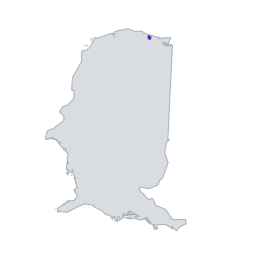 Benton, Oregon, United States of America (highlighted), rotated 103°
{"feature_id": "52423323B6989914060643", "entity_name": "Benton", "entity_type": "district", "adm_level": 2, "iso_a3": "USA", "parent_name": "United States of America", "parent_adm1": "Oregon", "projection": "orthographic", "projection_center": [-123.35, 44.499], "detail": "fine", "context": "in_parent", "style": "filled", "palette": "violet", "viewbox_px": 256, "rotation_deg": 103, "n_neighbors": 0, "source": "geoboundaries", "source_scale": "gbopen_adm2", "svg_char_len": 4114}
<svg xmlns="http://www.w3.org/2000/svg" viewBox="0 0 256 256"><g transform="rotate(103 128 128)"><path d="M198.8,73.0L207.3,63.9L204.1,51.2L208.3,49.8L212.7,55.4L217.2,57.4L215.1,62.0L215.7,63.2L214.2,62.4L215.0,65.5L213.5,69.6L215.5,77.1L218.7,78.3L219.5,77.0L218.5,76.1L219.2,76.4L220.1,77.5L217.6,81.1L216.2,80.2L217.1,82.4L213.8,85.9L212.4,90.6L211.9,89.0L211.1,88.3L212.3,92.2L213.4,92.1L214.7,95.1L214.8,100.3L211.5,99.6L211.5,96.4L211.0,99.1L212.9,101.2L214.5,101.9L215.6,103.4L216.1,111.2L215.0,106.9L211.2,105.0L210.5,100.3L209.1,102.9L212.7,107.8L209.9,107.6L209.3,108.3L209.1,106.1L208.7,105.6L208.8,107.4L209.3,108.6L213.4,108.6L213.2,110.0L210.9,109.1L210.3,109.1L213.1,110.2L214.0,110.1L214.3,111.8L212.9,111.4L215.3,112.5L215.1,113.0L213.9,112.4L211.8,113.3L215.1,113.6L216.5,112.5L220.4,116.5L217.3,113.5L218.9,115.8L215.9,117.3L219.1,118.3L219.7,116.9L219.6,120.1L216.6,121.2L218.8,121.2L217.9,123.4L220.0,123.0L217.3,125.7L217.4,130.5L215.0,133.6L212.2,144.1L211.1,143.8L211.4,151.5L211.8,153.2L214.6,157.3L223.9,168.6L224.9,177.0L222.8,178.9L219.3,176.3L217.8,173.2L213.3,171.4L213.8,169.0L212.3,170.0L211.2,164.7L205.7,161.9L200.2,166.5L198.2,164.1L192.2,167.0L192.6,165.5L191.9,167.1L189.3,169.0L188.6,166.8L188.6,168.6L180.3,173.1L184.3,172.5L183.6,175.2L187.0,175.9L185.9,177.7L182.1,176.4L182.5,178.6L177.9,179.6L174.8,177.9L173.7,179.9L166.8,180.5L163.8,184.9L164.5,183.7L162.3,183.7L162.2,187.8L158.7,191.6L159.5,190.6L156.8,191.1L158.0,192.0L155.2,194.7L154.9,199.2L153.4,199.0L154.8,199.7L155.8,203.3L157.6,205.1L156.8,206.2L148.6,205.9L145.7,201.0L135.4,192.3L131.1,192.9L127.9,198.3L122.3,196.7L119.2,192.0L111.5,187.4L103.7,189.0L104.0,191.3L91.4,193.5L74.2,188.3L63.5,190.3L61.7,186.4L56.9,182.9L47.3,180.4L47.1,177.5L38.9,164.8L39.2,163.4L40.8,165.1L39.7,162.3L43.0,162.0L36.8,162.4L31.3,150.3L32.4,143.8L30.6,136.5L32.2,131.8L32.9,118.2L35.8,118.6L32.6,117.9L33.5,114.2L32.4,114.3L30.5,106.6L37.4,107.9L36.1,112.0L38.3,109.1L38.1,112.5L36.5,113.3L37.7,113.4L38.9,112.0L39.3,108.6L37.3,103.3L130.8,86.5L130.1,84.6L133.0,87.2L143.9,86.7L152.8,81.1L169.3,83.1L170.9,85.0L176.8,86.0L182.4,93.7L182.8,102.3L185.3,103.7L193.2,91.5L191.1,88.7L191.8,87.5L197.2,83.4L198.8,73.0ZM215.6,86.3L217.0,84.6L212.6,91.2L215.8,85.0L215.6,86.3ZM37.9,106.6L38.9,108.7L38.8,109.1L37.5,107.5L37.9,106.6ZM157.3,204.5L155.6,201.6L155.3,199.7L155.9,201.6L157.3,204.5ZM215.6,61.9L216.2,62.8L215.8,62.8L215.6,61.9ZM175.1,178.9L175.5,179.6L174.6,179.3L175.1,178.9ZM51.1,183.5L52.2,183.0L51.1,183.5ZM49.9,183.2L49.5,183.8L49.1,183.3L49.9,183.2ZM219.1,80.0L219.0,80.9L218.8,80.9L219.1,80.0ZM155.5,197.8L155.2,199.5L156.0,196.1L155.5,197.8ZM221.0,164.8L222.8,167.1L220.8,164.7L221.0,164.8ZM56.8,185.8L57.3,186.6L56.7,185.8L56.8,185.8ZM225.4,177.2L225.0,178.5L225.5,175.9L225.4,177.2ZM221.5,118.0L221.4,119.6L220.6,116.6L221.5,118.0ZM36.9,104.9L36.9,105.5L36.6,105.2L36.9,104.9ZM158.2,192.6L156.9,193.8L158.2,192.4L158.2,192.6ZM220.6,79.0L221.0,79.6L220.5,79.9L220.6,79.0ZM56.9,188.1L57.3,189.1L56.8,188.2L56.9,188.1ZM156.6,194.5L156.1,195.1L156.5,194.3L156.6,194.5ZM215.9,104.8L216.0,106.7L215.7,104.1L215.9,104.8ZM163.5,185.7L162.7,186.6L163.8,185.1L163.5,185.7ZM211.8,152.1L212.1,153.4L211.8,152.6L211.8,152.1ZM220.3,123.0L220.2,123.4L220.5,122.0L220.3,123.0ZM202.3,165.0L201.5,166.2L201.0,166.3L202.3,165.0ZM188.8,169.0L188.7,169.3L188.1,169.6L188.8,169.0ZM216.8,174.0L217.2,174.7L216.5,173.9L216.8,174.0ZM186.7,172.0L186.8,172.8L186.3,171.5L186.7,172.0ZM223.9,180.5L223.4,180.9L224.0,180.2L223.9,180.5ZM214.9,95.7L214.9,96.7L214.8,95.4L214.9,95.7ZM220.9,120.2L220.8,120.7L220.7,120.7L220.9,120.2Z" fill="#d9dde1" stroke="#a8b0b8" stroke-width="1"/><path d="M36.1,126.3L35.5,126.3L34.7,126.3L34.4,126.3L34.4,126.7L34.4,127.4L34.4,127.8L33.9,127.8L33.9,128.1L33.8,128.3L33.5,128.3L33.5,128.5L33.9,128.6L34.4,128.7L35.2,128.7L35.4,128.6L36.0,128.6L35.9,128.6L35.8,128.4L35.7,128.4L35.8,128.3L35.8,128.2L35.7,128.1L35.8,128.1L35.8,127.9L35.8,127.7L35.7,127.3L35.7,127.2L35.8,127.0L36.0,127.0L35.9,126.9L36.0,126.8L36.3,126.7L36.2,126.5L36.1,126.3Z" fill="#8b5cf6" stroke="#5b21b6" stroke-width="1.5"/></g></svg>